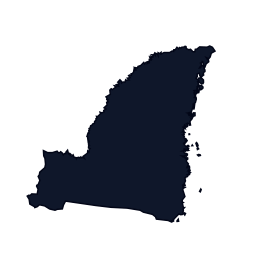 Boalemo, Gorontalo, Indonesia (orthographic projection), rotated 282°
{"feature_id": "22746128B1718153682633", "entity_name": "Boalemo", "entity_type": "district", "adm_level": 2, "iso_a3": "IDN", "parent_name": "Indonesia", "parent_adm1": "Gorontalo", "projection": "orthographic", "projection_center": [122.441, 0.682], "detail": "fine", "context": "isolated", "style": "filled", "palette": "ink", "viewbox_px": 256, "rotation_deg": 282, "n_neighbors": 0, "source": "geoboundaries", "source_scale": "gbopen_adm2", "svg_char_len": 5945}
<svg xmlns="http://www.w3.org/2000/svg" viewBox="0 0 256 256"><g transform="rotate(282 128 128)"><path d="M88.3,50.0L83.2,51.4L81.0,53.1L75.3,54.9L71.9,54.9L66.5,50.9L63.7,51.0L62.0,50.2L58.5,52.7L53.9,51.9L53.0,50.7L52.1,50.7L49.4,52.8L44.4,52.9L43.5,47.5L41.7,46.4L41.6,44.9L40.4,43.6L37.8,46.1L33.2,47.8L31.6,52.9L30.8,53.4L32.1,55.5L34.5,57.4L34.5,62.7L32.5,68.2L32.4,73.7L33.8,75.8L35.2,80.6L39.4,80.9L43.5,82.1L45.5,112.4L46.9,127.7L49.5,143.9L50.1,157.0L48.9,160.5L48.6,169.9L46.9,173.4L44.8,174.7L45.9,186.5L45.1,190.2L45.9,191.2L46.4,190.5L46.5,191.8L47.3,191.5L47.0,192.1L47.5,191.6L48.8,192.0L54.6,195.7L54.1,197.2L54.6,199.0L56.0,200.0L54.7,201.6L56.4,202.0L56.7,200.7L56.1,200.2L56.8,199.1L58.4,199.4L60.2,198.8L61.8,199.7L61.6,199.0L62.3,198.4L66.0,196.7L66.6,197.5L66.9,196.5L68.8,196.0L72.8,197.9L79.0,194.4L80.5,194.5L81.6,195.9L81.8,194.0L82.5,194.3L83.4,193.3L84.9,194.5L83.4,195.3L83.5,195.9L85.7,194.6L88.2,195.2L91.0,193.9L91.4,194.8L92.6,195.0L92.8,196.2L94.0,196.6L94.7,195.7L95.2,197.8L96.4,197.9L96.5,197.3L97.4,198.1L97.6,195.8L98.2,197.2L99.3,197.6L100.0,197.1L99.0,195.7L101.6,196.6L103.4,196.0L103.6,195.3L100.6,193.6L105.5,194.5L107.3,192.2L108.9,191.9L110.1,192.9L111.1,192.5L109.8,191.2L110.4,190.3L110.8,191.1L111.7,190.9L111.2,187.6L111.8,186.3L112.1,188.5L113.2,189.5L113.1,191.2L113.9,191.7L114.9,191.5L115.5,188.0L116.8,187.5L116.7,185.9L117.4,186.9L117.3,188.7L118.8,187.6L118.6,186.5L119.5,187.9L117.6,190.0L118.6,189.4L118.2,190.8L118.6,191.7L119.1,190.2L119.7,190.2L119.5,191.4L120.5,191.5L120.5,189.9L120.6,190.7L121.7,190.0L122.5,191.4L123.1,190.9L123.3,191.5L123.5,190.3L121.8,188.4L123.5,186.6L123.0,186.1L124.1,186.6L123.9,186.2L124.6,185.6L126.1,187.2L127.3,186.8L126.5,187.8L127.9,188.5L129.5,186.9L129.8,185.3L130.7,184.5L131.4,184.8L132.6,182.8L133.2,184.3L134.3,183.5L135.4,184.7L136.0,183.6L135.6,182.1L136.8,183.1L137.4,182.5L137.8,183.5L137.9,182.6L139.3,183.0L140.3,181.6L140.7,182.2L139.7,183.9L142.3,182.5L142.9,182.8L142.1,183.8L141.3,183.6L141.0,184.8L142.0,185.6L141.2,186.0L143.8,185.4L144.3,184.3L145.2,185.3L144.6,187.0L143.5,187.3L143.9,188.5L147.2,187.2L149.6,188.3L150.3,187.7L150.1,188.6L152.0,189.1L152.7,187.1L153.8,187.7L155.2,187.0L154.1,186.7L153.9,185.9L153.1,186.2L153.0,185.3L153.8,185.3L153.6,184.5L154.3,184.1L154.9,184.7L155.1,183.2L156.4,185.9L155.6,186.0L156.1,186.5L162.7,187.2L161.9,188.1L160.3,188.0L160.3,188.5L161.3,188.6L164.8,188.3L164.7,187.3L163.6,187.0L165.1,186.8L166.7,188.6L170.4,188.8L171.7,188.4L171.6,186.5L172.8,186.8L172.9,187.6L173.6,187.4L173.9,186.4L177.1,184.7L174.8,187.1L176.8,188.4L177.3,189.8L178.5,189.9L179.0,189.3L177.4,187.0L177.3,185.9L178.3,184.8L179.7,188.6L180.7,187.3L181.5,188.0L182.5,186.9L184.0,188.9L184.5,187.5L185.4,188.0L187.8,186.4L188.8,187.5L187.6,188.1L186.5,190.9L187.0,192.1L188.3,192.4L190.7,191.8L192.4,189.1L191.5,186.8L189.7,186.3L190.6,184.3L192.1,184.3L192.4,185.1L195.3,184.4L196.5,186.2L194.1,187.4L193.2,188.4L193.3,189.2L195.6,191.0L196.0,190.3L198.4,190.6L199.2,191.5L200.7,191.2L202.1,190.0L203.1,190.4L203.4,189.2L204.9,188.0L204.6,187.2L201.9,186.3L201.6,185.4L205.0,186.7L206.4,186.1L206.6,184.8L207.2,186.7L208.5,186.7L208.4,187.3L203.9,189.7L203.9,190.6L207.0,191.1L209.6,193.2L211.7,192.4L211.5,191.4L213.2,189.8L212.6,192.6L214.5,193.6L218.5,193.9L221.3,197.1L224.5,193.8L225.2,190.9L223.5,188.6L222.2,181.2L219.4,178.9L219.0,177.5L216.4,177.5L216.1,175.7L218.0,172.8L217.2,171.2L217.8,168.5L219.7,167.8L219.8,166.8L219.0,166.3L218.0,163.5L217.1,163.1L217.4,161.6L215.9,161.0L217.1,159.1L214.4,158.0L214.0,156.5L212.4,156.7L212.5,155.2L210.5,153.1L209.3,147.6L207.2,145.0L208.8,144.6L207.4,143.5L207.9,141.8L205.0,142.4L206.5,141.1L207.0,138.8L204.9,139.5L205.9,138.3L204.8,137.6L204.6,136.4L204.0,137.7L202.6,137.6L202.9,135.8L202.0,136.7L201.4,136.4L201.9,134.5L200.2,135.4L199.8,136.8L199.2,136.5L199.3,134.6L196.2,135.3L195.3,133.8L196.7,134.3L197.1,133.8L196.1,132.1L194.1,131.0L195.4,129.8L191.8,127.5L190.3,125.0L188.7,124.8L188.5,121.7L186.5,123.8L186.0,122.9L187.1,122.4L187.1,121.7L183.8,121.8L182.1,120.9L181.7,119.8L180.1,120.4L180.2,118.7L179.4,117.7L177.7,119.6L176.6,117.0L175.2,119.0L174.3,116.6L174.7,115.7L172.0,115.4L172.0,113.6L170.7,112.4L172.3,111.8L173.5,110.1L170.7,108.5L170.2,110.0L169.4,110.2L168.1,107.9L167.7,109.7L166.8,110.2L166.5,106.0L165.4,107.5L162.4,104.9L162.9,103.4L161.3,102.4L157.2,103.7L153.9,100.0L152.7,101.3L151.6,101.3L151.7,102.6L150.3,102.2L149.5,103.3L148.6,101.8L146.3,102.8L142.8,100.4L142.0,102.5L140.1,100.6L138.7,101.2L137.4,99.3L137.6,97.4L136.2,98.2L132.9,95.9L132.8,94.8L131.5,95.6L130.5,94.7L129.2,95.1L127.4,94.0L125.5,94.2L124.6,92.6L123.2,92.1L122.4,91.0L120.1,90.9L119.4,90.0L118.0,90.8L117.4,90.2L116.6,90.7L115.1,90.1L114.7,90.7L114.2,89.9L111.2,89.6L111.1,90.2L106.3,91.9L107.3,92.4L106.6,93.0L104.0,92.7L103.1,93.8L102.6,93.2L100.3,93.5L99.9,95.1L99.2,94.5L96.4,94.7L97.2,93.4L94.9,93.6L90.9,90.0L89.3,91.4L89.8,90.0L89.1,88.5L89.9,87.9L88.8,87.1L89.1,85.9L88.3,84.2L87.3,83.9L88.2,83.4L88.2,81.3L90.3,79.9L88.7,78.9L89.9,76.2L90.7,76.0L90.7,76.9L91.1,76.2L90.5,75.1L93.7,73.5L91.5,72.3L90.0,72.5L89.8,71.2L88.2,70.3L89.7,69.2L90.8,67.1L89.7,66.4L89.3,65.0L90.6,63.5L88.2,59.2L87.2,54.5L88.3,50.0ZM183.0,188.9L181.3,189.6L181.2,190.4L180.6,189.8L180.1,190.3L181.0,191.9L182.6,193.0L183.7,192.8L184.9,191.1L184.5,189.3L183.0,188.9ZM154.5,188.5L152.8,189.1L154.0,191.0L156.7,190.4L156.4,188.7L155.4,188.5L155.0,189.1L154.5,188.5ZM127.2,197.6L124.4,199.2L124.2,199.9L125.3,200.2L127.0,199.2L128.0,198.1L127.2,197.6ZM83.4,211.9L80.9,211.2L80.6,212.0L82.9,212.4L83.4,211.9ZM116.2,204.5L116.8,204.1L116.8,202.6L116.1,201.6L115.3,202.8L116.2,204.5ZM49.2,196.1L47.2,195.2L46.8,195.4L47.3,196.9L49.2,196.1ZM122.3,201.4L123.0,200.7L122.5,199.9L121.4,200.4L122.3,201.4ZM124.7,194.4L124.0,194.2L124.2,194.9L124.7,194.4ZM134.8,188.9L134.3,189.1L134.5,189.6L135.0,189.4L134.8,188.9Z" fill="#0f172a" stroke="#020617" stroke-width="1.5"/></g></svg>